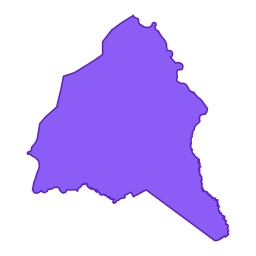 Nanton, Northern, Ghana (Albers equal-area conic projection)
{"feature_id": "2480657B96271436146347", "entity_name": "Nanton", "entity_type": "district", "adm_level": 2, "iso_a3": "GHA", "parent_name": "Ghana", "parent_adm1": "Northern", "projection": "albers", "projection_center": [-0.633, 9.559], "detail": "fine", "context": "isolated", "style": "filled", "palette": "violet", "viewbox_px": 256, "rotation_deg": 0, "n_neighbors": 0, "source": "geoboundaries", "source_scale": "gbopen_adm2", "svg_char_len": 5893}
<svg xmlns="http://www.w3.org/2000/svg" viewBox="0 0 256 256"><path d="M192.0,152.0L192.0,151.0L192.4,149.9L192.1,149.6L191.5,149.7L191.4,149.0L191.5,148.6L190.9,148.5L190.7,148.2L190.9,146.7L190.7,146.0L190.4,145.6L190.9,144.9L191.0,144.5L190.9,144.2L191.2,143.7L190.9,143.4L191.2,142.9L190.9,140.8L191.1,140.0L191.0,139.2L191.3,137.9L191.7,137.6L192.2,136.4L192.0,134.8L192.7,133.5L192.3,132.9L192.4,132.2L194.2,129.4L194.5,127.7L195.7,125.3L198.9,122.6L199.1,122.1L199.8,121.5L199.8,120.4L199.3,119.6L199.7,118.8L199.4,117.4L200.0,116.6L199.9,115.8L201.6,114.6L202.1,114.4L202.9,114.7L203.9,114.2L205.0,114.3L205.2,113.6L206.1,113.1L206.1,112.5L206.5,112.4L207.0,111.6L206.9,110.4L207.5,109.2L207.4,108.5L206.3,106.7L202.1,101.1L200.5,99.2L197.1,96.6L196.3,95.3L195.1,94.7L194.1,92.5L193.0,92.7L192.6,91.9L191.6,92.0L191.0,91.2L190.1,91.3L189.9,91.1L188.0,87.5L185.9,84.4L183.8,83.4L180.9,83.3L179.4,82.7L176.9,80.9L176.6,79.5L177.2,78.0L177.3,76.8L176.8,74.0L176.8,73.0L177.3,70.6L177.9,69.6L179.8,69.8L181.3,69.6L182.0,69.3L182.5,68.6L182.8,67.3L182.9,66.0L182.6,65.1L181.9,64.0L179.9,62.8L177.4,62.6L175.6,63.1L170.5,57.3L171.2,56.9L172.1,56.0L172.5,54.8L172.6,53.4L172.1,52.1L170.8,50.9L169.3,50.5L167.2,50.6L166.7,47.9L166.4,43.7L166.0,42.7L164.6,40.2L163.2,38.2L162.5,38.0L162.2,37.5L161.0,35.4L160.4,34.8L159.0,32.1L158.0,30.8L156.4,30.1L155.4,28.7L154.8,26.8L155.9,25.5L156.1,24.8L155.9,23.5L155.4,22.9L154.7,22.6L154.0,22.5L153.1,22.8L152.2,23.8L152.0,24.4L152.2,25.4L148.8,27.5L144.9,27.2L143.9,26.9L142.6,25.9L141.8,25.7L141.0,24.8L140.0,24.5L138.8,22.8L138.6,21.9L138.6,20.7L138.4,20.2L138.5,19.6L138.2,19.0L137.5,18.6L134.5,17.3L133.7,16.4L133.4,15.4L121.7,22.7L111.7,30.0L102.6,41.8L102.6,54.5L93.5,60.9L74.4,72.7L63.5,76.3L60.8,89.9L57.0,105.7L57.6,106.3L46.2,116.3L39.8,123.6L37.2,139.1L35.6,142.5L31.8,147.1L31.3,149.8L30.5,151.2L28.5,151.9L27.6,152.4L27.4,153.6L27.7,154.1L28.1,154.3L29.6,153.8L30.7,154.8L32.4,156.0L35.2,157.5L38.4,160.7L39.0,162.0L39.0,163.9L39.4,165.5L38.9,168.3L36.8,173.6L35.4,178.4L33.8,182.6L32.5,190.2L33.1,190.5L33.4,191.3L33.9,191.5L33.9,192.3L35.4,193.1L37.9,193.0L41.7,190.5L42.0,191.5L42.9,192.2L44.2,192.7L45.3,192.4L47.4,191.0L48.2,189.3L51.5,189.1L54.5,187.4L55.4,187.3L57.5,187.4L59.2,188.3L59.8,190.4L61.9,192.5L63.6,193.0L65.6,192.3L66.8,190.0L75.3,189.7L77.5,191.0L78.6,188.1L80.0,187.5L81.0,186.1L81.5,186.0L82.3,184.6L83.0,184.2L83.1,183.9L83.6,184.3L84.0,184.2L84.5,184.4L85.3,184.0L85.2,183.6L85.6,183.3L86.1,183.4L86.2,183.8L86.6,184.1L86.9,184.0L87.2,184.3L87.6,184.8L87.0,185.7L87.9,186.8L88.5,187.0L88.8,187.8L90.2,188.0L90.4,187.7L90.7,187.9L91.1,188.5L90.5,188.6L90.5,188.8L91.1,189.1L92.0,189.0L92.4,188.2L92.9,189.1L94.4,189.6L94.7,190.1L95.0,190.1L95.1,189.6L95.7,189.7L95.8,189.9L96.2,189.8L95.8,190.5L95.8,191.2L96.3,191.0L97.4,191.0L97.7,191.1L97.4,191.7L97.9,191.4L98.6,191.7L98.7,192.2L98.6,192.4L98.9,192.8L99.6,192.8L99.8,193.1L99.8,193.8L100.2,194.7L102.3,195.0L102.7,194.5L103.2,194.7L103.9,194.5L104.9,195.4L105.6,194.9L105.9,195.5L106.6,196.0L106.7,196.3L107.6,197.2L108.3,197.3L108.7,196.8L109.1,197.0L109.2,197.4L109.7,197.7L109.7,198.0L110.3,197.7L110.4,198.1L109.7,198.6L110.1,198.9L110.4,198.8L111.4,199.1L111.6,199.4L113.3,198.9L114.1,199.4L113.1,200.3L113.2,201.6L113.5,201.5L113.9,202.2L113.0,202.4L113.1,202.6L113.9,202.8L113.9,203.1L113.5,203.4L115.5,202.6L116.7,201.0L117.6,200.4L118.6,200.2L119.9,199.0L121.1,198.4L123.8,198.0L125.1,197.5L124.4,195.6L130.9,192.2L133.4,196.7L146.2,189.9L214.8,240.6L216.8,240.5L220.1,239.3L220.5,238.2L221.3,238.3L221.6,237.8L222.3,237.9L222.4,237.3L223.3,237.0L224.2,235.8L224.9,236.2L224.9,236.6L225.3,237.0L225.9,236.4L226.6,236.4L226.9,235.6L228.4,234.6L228.6,233.8L228.0,233.0L227.8,232.2L227.9,231.8L228.5,231.4L228.3,229.7L227.3,228.6L227.2,228.1L227.9,227.6L228.2,227.0L227.8,226.2L228.0,225.5L227.7,224.7L227.1,224.4L226.5,224.8L225.9,224.5L226.1,223.7L225.4,222.9L225.8,222.4L225.6,222.1L226.3,220.9L225.7,220.3L225.1,220.3L224.7,220.0L224.6,219.3L224.2,218.8L223.0,218.5L223.1,218.2L224.0,218.0L224.0,217.3L224.7,217.5L224.6,216.4L223.0,215.5L222.5,215.6L222.1,215.4L221.6,214.3L221.5,213.4L220.9,213.5L220.5,212.8L219.7,213.0L219.8,212.5L219.2,211.4L219.6,211.2L219.6,210.9L218.8,210.7L218.2,209.6L218.5,209.2L218.4,208.9L218.6,208.8L218.5,208.3L218.9,207.8L218.8,207.3L219.3,206.6L219.0,206.4L218.2,206.4L218.4,205.8L217.8,205.9L217.3,205.2L218.0,204.8L217.3,204.4L217.2,204.1L218.0,203.5L217.6,202.6L217.3,202.5L217.2,202.1L217.8,201.0L217.8,200.0L217.5,199.7L217.0,199.8L216.8,200.2L216.4,200.1L216.2,200.4L215.9,199.8L215.3,200.0L215.2,199.0L214.9,198.7L215.2,198.2L214.2,198.2L213.4,197.9L212.8,198.4L212.5,198.4L212.7,197.9L212.4,197.1L211.7,197.0L211.1,196.3L210.2,196.3L210.6,195.6L210.6,195.1L208.4,194.9L208.7,194.5L208.7,193.9L207.9,193.8L207.8,192.7L207.0,192.3L206.8,191.7L206.5,191.8L206.2,191.5L205.8,191.9L205.5,191.6L205.1,191.6L205.0,191.3L204.2,191.0L203.9,190.3L202.8,191.1L202.6,191.0L202.7,190.4L202.5,190.2L202.3,189.5L203.0,189.3L202.4,188.7L202.8,188.0L201.9,187.8L201.6,187.0L201.6,186.4L202.1,185.9L202.1,185.2L201.8,185.0L201.9,184.4L201.7,184.2L202.1,183.5L201.8,183.2L201.8,182.7L201.2,182.4L201.2,181.6L200.9,181.3L201.8,180.5L201.9,179.8L201.5,179.6L201.8,178.5L201.4,177.3L201.6,176.5L200.7,175.7L200.3,174.8L199.9,174.9L199.7,174.8L199.8,174.2L200.1,174.0L199.5,173.0L199.3,171.9L199.5,171.3L199.4,171.0L199.8,171.0L199.9,170.8L199.5,170.5L199.4,170.1L198.9,170.1L198.9,168.9L198.4,168.4L198.6,168.2L199.6,168.2L199.8,167.9L199.5,167.3L199.9,167.1L200.0,166.7L200.6,166.6L199.7,165.4L199.9,164.7L199.2,164.1L199.6,163.8L198.9,163.6L199.4,162.9L198.2,162.1L198.4,161.8L198.3,161.4L199.1,161.4L199.3,161.2L198.7,160.6L199.1,160.3L198.7,159.7L199.1,159.5L199.0,159.3L198.2,159.2L197.8,158.2L195.2,156.7L194.2,154.7L193.3,154.2L193.1,153.4L192.5,153.0L192.0,152.0Z" fill="#8b5cf6" stroke="#5b21b6" stroke-width="1.5"/></svg>